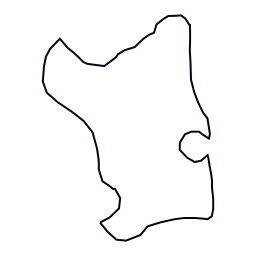 outline of Lankaran District, Lankaran, Azerbaijan
{"feature_id": "54616110B2076465815790", "entity_name": "Lankaran District", "entity_type": "district", "adm_level": 2, "iso_a3": "AZE", "parent_name": "Azerbaijan", "parent_adm1": "Lankaran", "projection": "equal_earth", "projection_center": [48.748, 38.769], "detail": "fine", "context": "isolated", "style": "outline", "palette": "ink", "viewbox_px": 256, "rotation_deg": 0, "n_neighbors": 0, "source": "geoboundaries", "source_scale": "gbopen_adm2", "svg_char_len": 1195}
<svg xmlns="http://www.w3.org/2000/svg" viewBox="0 0 256 256"><path d="M209.0,138.6L209.9,133.9L207.5,118.4L203.0,112.5L198.3,102.8L194.1,91.9L191.0,79.6L190.5,62.6L189.8,50.7L190.1,41.8L190.1,31.4L189.9,24.9L189.2,24.6L185.2,18.4L181.0,15.4L175.1,15.8L168.3,16.0L164.2,18.4L159.8,21.8L156.5,24.5L154.0,32.8L149.2,34.7L143.4,38.8L134.7,47.1L124.6,50.2L118.2,54.1L115.6,57.6L108.1,63.2L106.6,64.3L104.4,66.0L95.9,65.0L87.3,63.8L83.3,62.0L79.1,57.7L73.4,52.4L68.0,48.2L62.0,41.2L59.8,38.8L54.4,44.4L50.1,48.8L45.9,56.8L44.0,66.2L42.8,81.5L46.8,92.7L57.8,102.3L71.9,111.8L83.7,121.0L92.6,132.4L97.1,148.9L98.8,161.1L98.8,169.6L102.5,181.3L110.0,186.4L113.1,189.0L115.0,188.9L120.2,198.0L119.0,208.5L109.6,217.5L101.1,221.9L100.6,223.3L103.5,226.8L107.4,231.6L116.4,239.7L126.1,240.6L140.4,235.0L147.7,226.3L161.4,222.1L175.8,219.0L184.5,218.0L195.1,218.0L203.8,218.7L207.6,219.2L210.3,217.3L211.8,216.3L213.2,209.0L213.2,198.3L212.0,187.8L212.0,181.0L211.3,174.7L209.7,166.7L208.7,159.9L207.6,155.1L201.1,160.7L194.6,162.0L190.7,159.7L187.3,157.8L179.7,149.9L179.8,145.9L179.9,142.6L184.9,134.4L191.2,131.7L199.0,131.7L202.5,134.4L209.0,138.6Z" fill="none" stroke="#020617" stroke-width="2"/></svg>